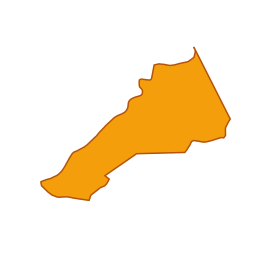 Gentil, Laborie, Saint Lucia, rotated 72°
{"feature_id": "8701671B78073152626196", "entity_name": "Gentil", "entity_type": "district", "adm_level": 2, "iso_a3": "LCA", "parent_name": "Saint Lucia", "parent_adm1": "Laborie", "projection": "natural_earth1", "projection_center": [-60.989, 13.767], "detail": "fine", "context": "isolated", "style": "filled", "palette": "amber", "viewbox_px": 256, "rotation_deg": 72, "n_neighbors": 0, "source": "geoboundaries", "source_scale": "gbopen_adm2", "svg_char_len": 2991}
<svg xmlns="http://www.w3.org/2000/svg" viewBox="0 0 256 256"><g transform="rotate(72 128 128)"><path d="M151.1,28.0L71.2,40.4L71.8,40.5L72.9,40.4L74.5,40.0L75.7,40.4L77.0,40.8L78.9,42.0L81.0,43.3L81.7,44.8L82.3,46.7L82.9,48.7L83.3,49.9L83.5,50.6L83.0,55.0L82.6,59.2L82.4,62.8L82.4,64.0L81.9,66.7L81.6,68.5L80.7,70.3L79.7,72.2L78.9,73.5L77.6,76.5L76.6,78.7L76.3,81.5L76.2,83.7L87.7,90.0L88.6,90.8L88.8,91.1L89.1,91.7L89.1,92.4L88.8,93.3L88.4,94.2L88.1,95.0L87.9,95.5L87.3,96.5L87.0,97.3L86.5,98.3L86.2,98.9L85.9,99.5L85.6,100.3L85.6,100.9L85.6,101.5L86.0,102.4L86.4,102.6L87.1,102.9L87.8,103.2L88.7,103.5L89.6,103.7L90.3,103.9L91.0,104.1L91.7,104.2L92.6,104.2L93.3,103.9L94.2,103.5L95.1,103.1L95.9,102.8L96.8,102.7L97.8,103.0L98.2,103.1L98.9,103.4L99.7,103.8L100.2,104.3L100.6,104.9L100.9,105.9L101.0,106.7L101.0,107.8L101.0,109.1L101.0,109.5L100.9,110.5L100.9,111.5L100.9,112.5L101.0,113.2L101.2,114.9L101.3,115.5L101.5,116.1L101.7,117.0L102.0,117.5L102.4,118.2L103.4,119.3L104.2,119.8L105.3,120.4L105.9,120.6L107.6,121.4L108.8,122.1L109.5,122.7L110.2,123.4L110.7,124.0L111.0,124.5L111.4,125.1L111.7,125.7L112.0,126.4L112.2,126.9L112.3,127.7L112.4,128.4L112.7,129.4L112.7,130.5L112.8,131.5L112.9,132.8L113.0,133.9L113.2,134.5L113.3,135.4L113.5,136.4L113.8,137.5L114.4,139.1L115.3,140.8L116.1,142.6L117.1,144.7L117.5,145.7L118.2,147.0L118.8,148.2L119.3,149.2L119.9,150.2L120.6,151.4L120.8,152.0L121.4,153.0L121.8,153.7L122.0,154.2L122.5,155.1L123.4,156.8L124.1,157.8L124.6,158.6L125.1,159.3L125.7,160.3L126.1,161.0L126.7,162.4L127.2,163.5L127.6,164.2L128.4,165.9L128.7,166.5L129.1,167.5L130.1,169.4L131.1,171.5L131.4,172.1L131.8,173.2L132.0,173.9L132.2,174.5L132.5,175.2L132.6,176.1L132.8,177.1L133.0,178.1L133.2,178.9L133.3,179.8L133.5,181.0L133.7,182.0L134.0,183.7L134.1,184.9L134.1,186.1L134.4,187.4L134.9,188.5L135.4,189.3L136.4,190.5L138.5,193.0L142.1,196.8L142.9,197.8L143.6,198.5L144.7,199.5L145.4,200.4L145.9,201.0L146.8,202.1L147.4,202.8L148.0,203.7L148.5,204.3L148.9,205.0L149.3,205.9L150.0,207.2L150.3,207.8L150.7,208.8L151.0,209.7L151.3,211.4L151.5,212.5L151.5,213.5L151.7,214.2L151.8,215.0L152.0,216.6L152.1,217.7L152.0,218.8L151.9,220.3L151.9,222.7L152.0,224.7L152.1,226.2L152.1,227.3L152.9,227.6L153.7,227.8L154.2,227.8L155.3,228.0L156.4,228.0L158.0,227.1L160.7,225.7L164.3,223.8L166.3,222.4L168.4,220.9L169.9,218.9L171.1,217.6L172.2,215.9L172.7,214.4L173.5,211.0L174.5,207.6L175.5,205.4L176.7,203.3L177.0,202.7L177.7,201.7L184.8,187.4L183.4,186.3L181.4,184.9L180.4,183.9L179.8,182.5L178.5,178.9L177.2,175.3L176.2,172.6L176.1,171.2L175.8,168.0L174.6,165.8L172.6,163.5L170.8,161.7L166.2,164.7L155.1,127.8L168.8,81.5L168.0,80.3L167.3,79.3L166.6,78.3L165.9,77.6L163.7,74.8L162.7,73.9L160.5,71.7L160.2,69.4L161.2,67.4L162.5,64.7L163.3,63.3L164.5,61.2L165.3,58.4L165.4,57.5L165.5,56.8L165.8,51.7L165.8,47.4L165.8,45.2L165.9,42.3L166.9,40.2L166.8,39.7L165.1,37.5L162.7,36.8L160.1,36.0L157.9,35.2L153.3,30.7L151.1,28.0Z" fill="#f59e0b" stroke="#b45309" stroke-width="1.5"/></g></svg>